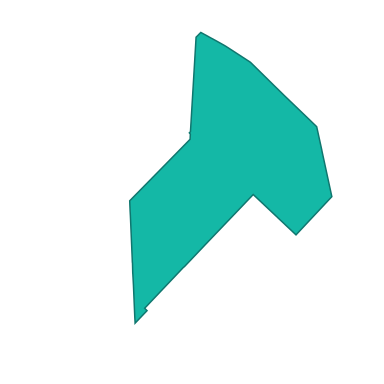 Nye, Nevada, United States of America, rotated 44°
{"feature_id": "52423323B59835765201316", "entity_name": "Nye", "entity_type": "district", "adm_level": 2, "iso_a3": "USA", "parent_name": "United States of America", "parent_adm1": "Nevada", "projection": "albers", "projection_center": [-116.514, 37.564], "detail": "fine", "context": "isolated", "style": "filled", "palette": "teal", "viewbox_px": 384, "rotation_deg": 44, "n_neighbors": 0, "source": "geoboundaries", "source_scale": "gbopen_adm2", "svg_char_len": 694}
<svg xmlns="http://www.w3.org/2000/svg" viewBox="0 0 384 384"><g transform="rotate(44 192 192)"><path d="M191.3,58.5L176.6,58.4L143.9,58.1L115.0,63.7L109.1,65.2L87.5,71.1L87.4,77.8L119.8,115.6L149.0,149.7L149.0,151.3L150.6,151.5L154.0,155.4L154.0,156.6L153.6,208.4L153.3,241.6L155.6,243.8L159.9,247.9L164.3,252.0L195.0,281.2L197.8,283.9L198.7,284.6L205.9,291.7L206.2,291.9L214.7,299.8L225.1,309.7L225.3,309.9L237.6,321.6L239.0,322.9L241.7,325.4L242.2,325.9L242.1,312.7L242.1,308.6L238.7,308.5L238.2,252.5L238.4,250.8L238.1,216.2L237.8,151.3L296.6,150.6L295.8,98.2L256.8,72.1L256.3,71.7L236.3,58.4L230.7,58.4L230.1,58.4L191.3,58.5Z" fill="#14b8a6" stroke="#0f766e" stroke-width="1.5"/></g></svg>